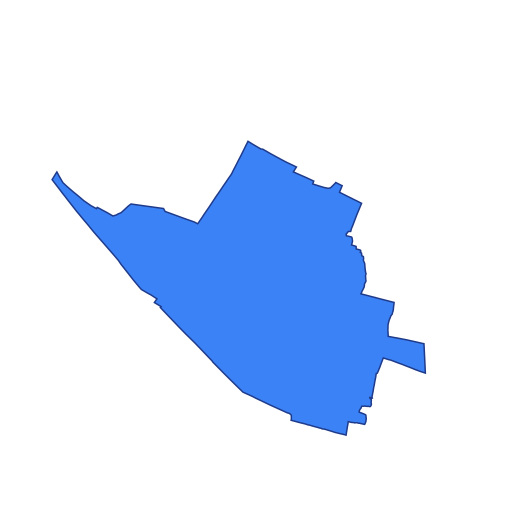 Beresti-Bistrita, Bacau, Romania, rotated 222°
{"feature_id": "2599482B84899820201709", "entity_name": "Beresti-Bistrita", "entity_type": "district", "adm_level": 2, "iso_a3": "ROU", "parent_name": "Romania", "parent_adm1": "Bacau", "projection": "equal_earth", "projection_center": [26.845, 46.704], "detail": "fine", "context": "isolated", "style": "filled", "palette": "blue", "viewbox_px": 512, "rotation_deg": 222, "n_neighbors": 0, "source": "geoboundaries", "source_scale": "gbopen_adm2", "svg_char_len": 4615}
<svg xmlns="http://www.w3.org/2000/svg" viewBox="0 0 512 512"><g transform="rotate(222 256 256)"><path d="M337.8,332.7L337.5,331.4L337.1,330.1L334.5,320.9L333.1,315.5L332.0,311.5L331.3,308.8L330.3,304.9L329.3,301.4L329.0,300.0L328.8,298.7L328.5,296.0L327.8,290.9L327.3,287.1L326.3,280.0L325.5,273.5L324.6,267.6L323.6,260.9L322.8,254.9L322.4,251.8L321.9,248.7L320.9,241.1L321.0,240.9L324.6,240.0L330.1,237.7L335.9,235.3L344.9,231.7L353.3,228.3L356.5,229.4L378.2,214.7L383.7,211.0L384.3,207.9L384.7,203.5L385.2,198.2L385.7,196.9L386.2,195.9L386.7,194.9L387.2,193.1L389.1,190.0L395.4,188.7L401.4,187.2L404.0,186.6L406.5,185.9L406.3,184.4L412.2,183.0L420.8,181.9L428.1,181.7L434.2,181.4L443.2,181.2L448.5,181.3L449.8,181.7L455.7,183.6L458.7,184.7L460.2,185.2L460.0,183.7L458.6,176.3L445.7,173.9L441.6,173.1L437.8,172.5L434.2,171.8L422.8,169.8L418.7,169.1L414.4,168.5L411.2,168.0L407.0,167.4L403.1,166.9L392.9,165.3L388.0,164.7L374.6,163.1L360.0,161.3L355.1,160.6L351.2,159.6L336.2,157.0L331.1,156.1L322.0,154.8L318.8,154.4L310.7,156.1L308.5,156.7L300.9,157.9L300.8,156.7L300.4,153.4L292.6,154.9L292.6,153.7L266.1,151.7L257.1,151.1L248.0,150.7L243.1,150.5L218.0,148.6L217.4,148.3L201.1,147.3L189.1,146.7L174.5,146.1L173.0,146.6L164.2,149.4L161.3,150.1L157.6,151.2L145.1,154.9L139.5,156.7L129.7,159.8L127.7,160.4L126.7,161.0L125.9,161.3L125.3,161.4L123.2,161.3L122.1,160.1L120.8,158.7L120.0,157.4L115.1,159.9L112.3,161.3L106.9,164.2L104.1,165.4L103.0,166.2L101.8,166.7L99.1,168.0L96.8,169.2L94.8,170.2L94.0,170.5L93.2,171.0L92.9,171.3L91.7,171.6L91.1,171.8L90.3,172.5L88.2,173.7L84.7,175.3L83.9,175.7L79.0,177.9L78.3,178.3L74.0,180.6L72.7,181.4L70.2,182.7L69.8,182.9L69.2,183.1L69.3,183.3L70.0,184.4L70.1,184.5L71.0,185.9L71.3,186.4L72.1,187.6L72.2,187.8L73.8,190.2L75.3,192.7L76.6,194.6L75.5,195.3L74.3,195.8L73.2,196.6L71.6,197.8L71.1,197.9L71.0,198.1L69.8,199.3L69.2,199.8L68.2,200.2L67.5,200.7L66.9,201.2L66.3,201.5L65.9,201.6L65.4,202.0L65.0,202.2L64.6,202.4L64.1,202.7L63.2,203.2L62.7,203.4L62.6,203.8L62.8,204.4L63.0,205.1L63.3,205.8L63.6,206.6L64.1,207.2L64.5,207.8L65.0,208.6L65.4,209.1L66.2,209.7L66.6,210.1L67.1,210.5L67.9,211.3L68.8,211.2L69.9,210.9L71.8,210.2L73.3,209.6L74.9,209.0L75.5,209.9L75.8,210.7L76.1,211.5L76.1,212.9L76.5,214.0L76.9,215.1L76.2,215.8L75.2,216.7L74.8,217.3L74.2,217.6L73.2,218.3L72.5,218.9L72.1,219.2L71.8,219.6L71.4,219.8L70.5,220.3L70.3,221.0L70.5,221.9L70.7,222.4L70.9,222.8L71.3,223.3L72.1,223.9L72.7,224.5L73.5,225.7L74.3,226.4L75.3,226.5L76.0,226.5L76.5,226.7L77.0,227.1L77.4,227.3L76.6,227.3L76.0,227.3L75.3,227.6L74.6,227.8L74.5,228.3L75.0,228.4L75.7,229.2L76.7,230.9L77.5,232.1L78.0,233.1L78.7,234.2L79.7,235.7L80.7,237.3L81.9,239.4L83.3,241.6L84.7,243.9L85.8,245.8L88.0,249.1L87.5,249.9L87.5,250.3L88.3,252.6L89.8,256.8L90.2,257.7L93.2,265.4L90.8,266.5L87.5,268.0L87.1,268.4L84.4,269.5L80.7,270.9L78.2,271.9L74.3,273.5L71.2,274.6L66.8,276.3L61.8,278.1L57.5,279.8L54.3,281.2L51.8,282.3L58.4,289.0L70.7,301.4L71.7,302.4L72.5,303.2L73.7,302.5L80.5,298.7L88.5,294.2L104.0,284.7L104.4,285.2L105.4,286.2L106.1,286.9L107.5,288.3L108.5,289.2L109.3,290.3L110.7,291.9L111.9,293.3L112.4,294.2L113.5,296.2L114.4,298.2L114.7,299.2L115.1,300.2L115.7,301.7L115.8,302.9L115.9,304.0L116.6,305.2L117.0,306.0L117.4,307.0L118.7,308.9L120.0,310.6L121.4,312.7L122.3,313.9L135.7,306.9L152.7,298.1L153.2,299.8L153.7,301.0L154.0,302.5L154.5,304.1L154.8,305.2L155.2,305.8L155.6,306.5L156.6,307.7L157.1,309.6L157.4,310.8L157.7,311.2L158.1,311.5L158.6,311.8L159.2,312.5L160.3,313.5L160.9,314.1L161.3,314.6L161.6,315.0L162.3,316.3L162.6,316.7L163.2,316.9L164.6,318.0L166.0,319.2L167.2,320.3L168.8,321.8L169.9,322.9L170.9,323.5L172.0,324.0L172.9,324.4L173.3,324.7L173.6,324.9L174.0,325.7L174.3,326.1L174.9,326.6L175.8,327.4L176.5,327.3L177.0,327.1L177.4,327.0L177.7,327.1L178.3,327.7L179.6,328.8L181.0,328.5L181.2,329.5L182.0,330.2L183.0,330.0L183.9,329.5L186.2,328.3L188.0,330.1L189.7,329.4L192.3,328.1L194.1,331.5L194.6,332.0L196.3,333.4L197.2,334.0L197.6,334.0L198.3,333.8L199.2,333.2L200.9,332.4L202.3,331.5L203.7,332.6L203.6,333.8L203.8,334.9L203.6,336.2L202.1,337.6L202.3,338.2L203.2,339.7L204.7,343.9L208.9,354.7L210.1,358.2L212.8,365.8L213.4,365.6L217.2,364.6L229.3,361.2L234.5,359.8L236.6,359.2L239.0,365.9L240.7,365.4L245.9,364.0L245.8,363.1L246.2,357.1L246.5,356.1L247.8,354.5L251.4,352.4L256.3,350.1L260.9,348.0L262.1,347.5L263.2,350.3L268.5,348.7L271.7,347.7L282.0,344.3L284.5,343.5L285.5,349.2L290.3,347.8L296.0,346.1L299.5,345.2L303.1,344.3L308.9,342.9L315.4,341.4L322.5,339.9L323.9,338.8L333.6,336.8L338.7,335.9L337.8,332.7Z" fill="#3b82f6" stroke="#1e3a8a" stroke-width="1.5"/></g></svg>